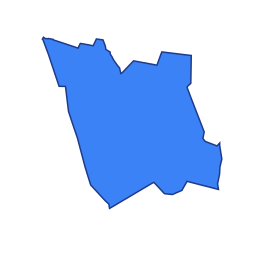 Lamadrid, Coahuila, Mexico, rotated 190°
{"feature_id": "50627088B2503927833779", "entity_name": "Lamadrid", "entity_type": "district", "adm_level": 2, "iso_a3": "MEX", "parent_name": "Mexico", "parent_adm1": "Coahuila", "projection": "mercator", "projection_center": [-101.874, 27.163], "detail": "fine", "context": "isolated", "style": "filled", "palette": "blue", "viewbox_px": 256, "rotation_deg": 190, "n_neighbors": 0, "source": "geoboundaries", "source_scale": "gbopen_adm2", "svg_char_len": 1177}
<svg xmlns="http://www.w3.org/2000/svg" viewBox="0 0 256 256"><g transform="rotate(190 128 128)"><path d="M227.0,202.7L227.8,200.7L227.2,200.4L218.5,185.6L218.4,185.3L203.1,157.1L198.5,157.8L196.8,158.1L189.4,133.8L189.1,133.3L182.6,121.2L176.0,109.3L174.3,105.5L167.1,90.0L163.4,82.0L158.8,73.0L154.8,65.3L153.4,64.3L145.8,58.5L137.8,52.4L133.7,49.8L132.2,45.6L94.9,77.6L93.1,79.0L92.2,78.3L91.2,77.6L80.8,69.7L78.4,69.8L72.7,70.2L64.0,76.0L63.5,77.6L60.6,85.7L28.2,83.2L30.1,88.5L29.8,98.4L30.7,105.6L30.2,113.7L34.6,126.5L35.1,129.1L37.2,125.8L49.6,128.2L52.4,130.6L52.3,137.4L64.7,157.9L70.8,168.0L76.8,178.1L76.7,179.2L73.9,182.9L78.3,210.4L87.1,209.9L107.9,208.8L108.9,203.5L110.4,194.9L134.2,195.1L143.4,181.3L144.5,180.4L146.7,185.6L150.1,188.6L154.2,192.7L155.9,195.1L158.2,197.6L158.8,199.7L163.4,201.5L164.4,204.3L165.0,205.5L167.9,210.4L174.6,210.2L176.6,202.9L178.8,203.0L187.2,203.1L189.6,203.0L189.7,202.9L191.0,198.4L191.1,198.0L192.2,198.2L206.3,200.3L215.5,201.6L216.9,201.8L217.1,202.3L217.6,202.3L222.0,202.3L222.4,202.0L224.4,201.8L224.9,201.7L225.2,201.9L225.7,202.1L226.5,202.5L227.0,202.7Z" fill="#3b82f6" stroke="#1e3a8a" stroke-width="1.5"/></g></svg>